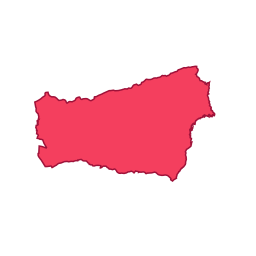 the district of Tabio, Cundinamarca, Colombia, rotated 65°
{"feature_id": "7082276B43625125336018", "entity_name": "Tabio", "entity_type": "district", "adm_level": 2, "iso_a3": "COL", "parent_name": "Colombia", "parent_adm1": "Cundinamarca", "projection": "natural_earth1", "projection_center": [-74.079, 4.952], "detail": "fine", "context": "isolated", "style": "filled", "palette": "rose", "viewbox_px": 256, "rotation_deg": 65, "n_neighbors": 0, "source": "geoboundaries", "source_scale": "gbopen_adm2", "svg_char_len": 5713}
<svg xmlns="http://www.w3.org/2000/svg" viewBox="0 0 256 256"><g transform="rotate(65 128 128)"><path d="M65.1,201.5L70.0,202.8L71.2,202.8L73.8,204.2L74.3,204.3L76.4,203.8L76.8,203.4L80.2,204.1L82.1,205.5L82.5,204.9L82.8,205.4L82.7,206.1L83.2,206.5L83.1,207.3L84.0,207.6L84.0,207.3L84.3,207.4L84.5,206.9L85.1,207.3L85.8,208.3L86.4,207.8L87.0,208.1L87.0,208.6L87.2,209.0L86.8,210.0L87.5,210.6L88.2,210.9L88.5,211.3L90.6,211.4L91.7,212.0L92.0,211.5L94.6,213.3L95.5,212.5L96.7,212.4L97.8,213.8L98.4,214.2L98.9,214.7L100.0,213.3L101.1,212.5L101.3,211.8L102.6,210.3L106.6,210.6L111.2,210.1L111.5,210.6L108.5,213.7L106.8,216.1L113.2,219.5L113.1,220.2L114.7,221.0L116.2,221.1L119.3,220.5L120.3,220.2L128.0,219.3L128.1,218.8L128.6,218.0L129.9,213.9L130.4,213.6L131.7,213.6L131.8,213.3L131.5,210.8L131.4,208.6L130.9,207.0L130.8,205.6L131.4,203.5L131.6,199.9L132.5,197.4L133.6,196.0L134.2,193.6L135.3,191.6L135.2,191.0L135.5,189.1L136.4,187.4L135.2,186.8L135.6,186.9L136.2,186.3L136.2,185.4L136.7,183.7L138.8,182.5L140.4,179.6L141.3,179.3L142.3,179.2L143.4,178.4L144.6,178.5L144.9,177.8L145.5,177.5L146.2,176.1L146.9,176.1L147.4,175.9L148.1,174.7L148.4,172.8L149.2,170.9L150.6,168.6L151.8,169.2L152.4,170.0L152.6,169.8L152.6,168.3L152.2,167.3L152.2,166.6L152.3,165.9L152.7,165.4L153.2,164.2L153.9,163.7L154.9,163.6L156.2,162.6L156.9,162.6L157.4,162.2L158.0,161.0L159.1,159.8L159.3,159.2L159.4,157.8L159.6,157.3L161.0,156.7L161.9,156.5L162.7,156.6L163.8,156.2L164.6,155.7L165.3,155.1L165.9,153.9L166.1,153.0L167.5,150.8L168.0,148.4L167.8,146.5L168.3,145.2L168.5,143.3L169.3,142.5L170.5,141.7L171.2,141.5L170.2,139.3L170.5,139.0L172.1,136.7L172.7,137.1L172.8,136.2L173.6,134.7L174.2,132.8L174.4,132.4L175.5,131.4L176.7,131.2L177.0,130.8L177.1,130.3L177.0,129.8L178.7,125.4L179.3,122.3L179.9,121.9L180.1,121.5L182.8,120.4L183.7,119.6L185.2,117.4L185.7,116.2L186.3,114.1L187.5,112.5L188.5,111.8L191.8,110.5L192.7,111.1L193.2,111.1L194.9,110.0L194.3,108.6L194.0,105.3L193.2,105.1L192.4,104.5L192.0,103.9L191.1,103.5L190.5,102.7L189.5,100.7L189.0,100.5L188.9,99.3L188.7,98.9L188.2,98.6L187.8,97.6L187.5,97.4L187.2,96.7L187.3,96.2L187.0,96.0L187.0,95.5L186.7,94.9L186.8,94.3L186.6,93.9L185.3,91.5L184.3,90.7L183.2,90.2L180.8,88.2L179.9,88.2L179.1,87.6L176.7,87.3L175.1,86.0L173.9,86.1L172.1,84.0L172.0,82.7L171.5,80.1L171.0,78.6L169.9,77.8L169.2,77.8L169.2,77.2L168.7,77.0L168.2,76.5L168.3,77.2L167.6,77.3L167.0,76.6L165.9,76.4L164.8,75.2L164.2,74.9L163.4,75.7L162.9,75.7L162.6,75.5L162.2,75.0L161.6,74.7L161.7,75.0L161.2,75.2L160.4,74.8L159.9,74.9L159.5,73.7L158.8,73.9L158.4,73.3L157.2,73.1L157.1,71.9L156.6,72.6L156.4,72.5L156.2,72.2L156.0,72.3L155.9,72.7L155.5,72.5L155.4,72.5L155.3,72.2L155.5,71.9L156.0,72.0L156.1,71.4L156.4,70.8L156.4,70.4L156.0,70.3L156.0,70.8L155.5,70.8L155.3,71.4L155.1,71.4L154.7,71.0L155.0,70.7L155.0,70.1L155.5,70.1L155.7,69.9L155.5,69.4L154.6,68.9L154.4,69.7L154.2,69.9L153.5,70.0L152.9,69.7L152.4,69.2L152.3,68.3L152.8,68.1L151.8,67.8L151.6,67.4L151.5,66.4L152.1,65.6L152.4,65.9L152.5,66.4L153.0,65.8L152.6,65.4L152.2,65.3L151.2,64.7L150.6,63.9L150.2,63.7L149.9,63.4L149.9,62.2L149.5,61.7L149.4,61.1L149.6,60.1L149.2,59.7L149.3,59.4L149.9,58.7L149.4,58.3L149.3,58.0L149.5,57.3L149.8,56.9L149.7,55.9L148.9,55.2L148.7,54.2L148.5,53.6L148.6,52.9L149.0,52.8L149.2,53.7L149.7,54.4L150.1,54.5L150.4,54.1L149.8,53.0L149.8,51.9L150.9,51.1L150.9,50.7L151.2,50.4L151.9,50.0L151.6,49.9L151.0,50.3L150.5,50.0L150.0,49.0L150.2,48.5L150.9,48.5L151.3,48.9L151.4,48.0L151.7,47.7L152.2,47.9L152.3,48.1L152.5,48.3L153.2,46.9L152.6,46.6L152.4,46.3L151.9,46.1L151.7,45.4L152.0,45.0L152.9,45.2L153.3,44.5L152.0,43.5L151.3,43.6L151.1,43.9L150.6,43.8L149.2,44.4L148.2,44.2L147.8,44.4L147.4,45.0L146.9,44.8L146.6,45.1L146.1,44.8L145.3,44.8L145.1,44.5L145.1,44.1L144.9,44.0L143.4,44.0L142.3,44.7L141.3,43.8L140.7,43.7L139.9,43.9L139.6,43.6L138.9,43.6L138.6,43.0L136.7,43.1L134.9,42.4L132.3,42.3L131.7,42.0L131.3,41.6L131.2,40.4L130.2,40.8L129.8,40.4L129.3,40.4L129.0,39.7L128.2,39.0L127.3,38.8L127.0,38.3L126.5,37.9L126.2,37.5L124.8,37.4L123.9,36.5L121.7,35.5L121.0,34.9L121.1,35.5L120.9,36.0L121.1,37.1L120.8,37.0L120.8,37.9L121.0,38.2L121.9,38.4L120.6,39.5L120.1,39.5L119.3,38.7L118.2,40.2L117.8,40.3L117.2,40.9L116.4,41.2L115.5,42.6L114.5,42.6L113.1,42.3L111.3,43.1L110.7,43.7L110.2,43.8L108.6,43.4L108.0,43.9L107.2,42.1L105.5,40.2L104.3,39.7L102.7,40.3L102.2,40.3L101.2,39.7L101.0,40.0L100.5,41.0L99.9,43.3L99.6,44.0L99.6,44.7L99.2,46.3L98.4,47.3L97.9,50.2L97.0,51.8L96.8,56.1L96.5,57.9L97.4,59.5L97.2,60.7L97.0,61.5L96.9,64.6L96.5,66.3L96.9,66.6L97.0,67.2L97.4,68.6L97.5,69.2L97.2,70.0L97.4,71.2L96.2,72.0L95.6,73.8L94.9,74.7L95.0,75.5L95.3,76.1L95.4,78.0L94.9,79.6L94.9,80.9L94.4,81.6L93.7,83.4L93.8,86.0L93.6,87.0L92.7,89.1L91.6,90.7L91.6,91.3L92.1,92.5L92.7,94.6L92.5,96.4L93.5,97.2L93.9,98.2L93.8,100.6L92.5,101.5L91.9,101.7L91.5,104.2L91.5,104.8L92.0,105.9L92.9,107.2L93.2,108.0L93.2,108.7L92.9,109.3L92.1,110.5L92.3,112.2L91.1,114.4L91.0,115.9L90.8,116.5L90.8,117.2L90.0,120.9L88.9,123.7L88.5,124.3L87.6,125.2L86.8,127.9L86.2,129.3L86.1,135.3L86.2,137.5L86.0,140.9L86.2,143.4L85.6,145.2L85.9,145.6L87.0,145.8L87.2,146.2L87.5,147.6L87.6,149.9L87.1,150.7L84.5,152.4L83.6,153.6L82.5,156.6L82.7,157.5L82.4,158.1L82.1,158.4L81.3,158.6L79.6,158.8L79.3,159.2L79.0,161.1L79.1,162.3L79.6,163.1L80.3,163.8L80.6,164.8L80.6,167.6L79.4,169.6L79.3,170.3L79.3,170.9L79.7,172.2L79.6,172.7L79.5,172.9L78.8,173.0L76.9,173.0L75.9,173.4L74.7,174.8L74.6,176.7L73.8,179.0L72.7,179.5L70.7,180.2L69.1,181.1L68.4,182.1L67.5,184.0L66.2,185.1L64.3,185.8L61.8,185.4L61.1,187.3L61.1,187.9L61.5,188.5L63.3,189.3L63.7,189.8L64.0,192.4L64.7,194.6L65.0,196.8L65.2,199.3L65.1,201.5Z" fill="#f43f5e" stroke="#9f1239" stroke-width="1.5"/></g></svg>